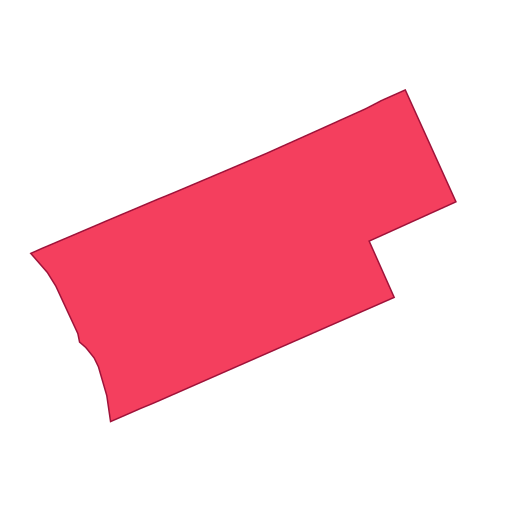 Kenosha, Wisconsin, United States of America (Equal Earth projection), rotated 156°
{"feature_id": "52423323B66379277900853", "entity_name": "Kenosha", "entity_type": "district", "adm_level": 2, "iso_a3": "USA", "parent_name": "United States of America", "parent_adm1": "Wisconsin", "projection": "equal_earth", "projection_center": [-88.012, 42.581], "detail": "fine", "context": "isolated", "style": "filled", "palette": "rose", "viewbox_px": 512, "rotation_deg": 156, "n_neighbors": 0, "source": "geoboundaries", "source_scale": "gbopen_adm2", "svg_char_len": 595}
<svg xmlns="http://www.w3.org/2000/svg" viewBox="0 0 512 512"><g transform="rotate(156 256 256)"><path d="M51.3,224.2L51.7,285.7L52.1,347.0L78.8,347.0L79.3,346.9L96.3,345.9L123.2,345.8L136.8,345.7L137.4,345.7L205.6,345.5L222.7,345.8L258.7,346.4L307.0,347.3L322.3,347.8L379.9,348.9L381.7,348.9L425.8,349.6L448.3,350.0L460.7,350.0L453.3,325.8L451.1,309.9L450.7,282.0L450.3,257.6L452.2,249.1L448.8,241.9L448.2,239.8L445.3,228.7L445.0,218.9L449.1,189.1L456.2,163.9L423.7,163.7L409.1,163.3L146.6,162.0L146.6,223.6L80.5,224.0L51.3,224.2Z" fill="#f43f5e" stroke="#9f1239" stroke-width="1.5"/></g></svg>